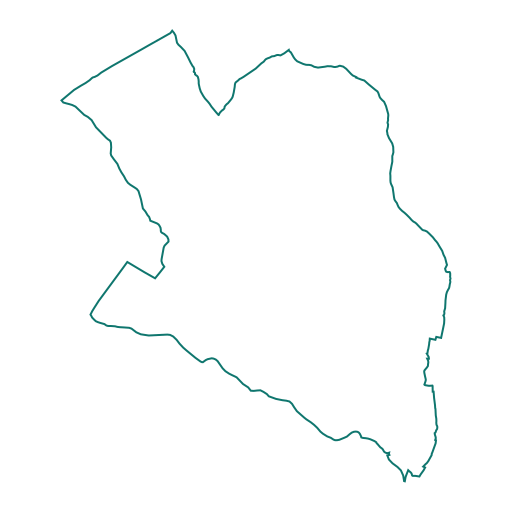 the district of Paltinoasa, Suceava, Romania
{"feature_id": "2599482B31508452360493", "entity_name": "Paltinoasa", "entity_type": "district", "adm_level": 2, "iso_a3": "ROU", "parent_name": "Romania", "parent_adm1": "Suceava", "projection": "albers", "projection_center": [25.986, 47.548], "detail": "fine", "context": "isolated", "style": "outline", "palette": "teal", "viewbox_px": 512, "rotation_deg": 0, "n_neighbors": 0, "source": "geoboundaries", "source_scale": "gbopen_adm2", "svg_char_len": 5976}
<svg xmlns="http://www.w3.org/2000/svg" viewBox="0 0 512 512"><path d="M419.4,476.5L420.7,474.3L423.6,470.3L425.1,467.5L423.2,466.6L425.5,464.2L426.8,463.1L428.3,461.1L429.3,459.3L431.6,455.2L431.8,453.5L432.2,452.8L435.6,443.4L436.0,440.3L435.2,440.0L435.8,438.1L435.5,436.5L435.2,435.7L434.7,433.8L434.7,433.1L435.2,432.8L435.6,432.2L436.2,430.3L437.1,429.0L437.3,427.7L437.3,426.9L437.2,426.2L436.9,425.6L436.7,425.2L436.5,424.7L436.4,423.9L436.3,422.5L436.4,421.1L436.3,418.7L435.8,415.6L435.7,414.0L435.5,409.7L435.4,408.6L435.2,408.2L435.0,405.1L434.1,398.0L433.6,391.7L432.7,391.7L432.6,386.0L432.4,385.6L431.0,385.7L429.1,385.8L428.2,385.7L425.3,385.2L424.8,385.0L424.4,384.6L425.5,381.3L425.8,380.0L425.7,379.1L425.0,376.1L424.3,372.7L424.2,371.2L424.5,370.4L425.3,369.4L426.9,367.5L427.9,366.0L428.1,363.6L428.3,362.8L428.2,361.2L428.1,360.6L427.2,358.7L428.9,358.7L428.7,357.0L426.8,353.6L427.4,353.4L427.9,350.2L428.3,349.0L429.1,344.4L429.3,342.2L429.7,340.7L429.7,339.7L429.8,338.6L435.4,339.8L436.3,336.9L441.1,337.9L443.2,327.9L444.1,323.4L444.3,319.7L444.2,317.3L443.4,315.4L443.9,315.1L444.2,314.3L444.4,313.2L444.2,311.4L444.6,310.0L445.1,308.3L445.4,303.3L445.5,300.4L446.2,294.6L446.9,292.1L448.1,289.7L448.9,288.4L449.2,287.6L449.4,286.7L449.8,284.2L450.1,283.0L450.3,282.1L450.3,281.4L450.0,280.1L450.5,278.6L450.2,277.3L450.1,276.6L450.2,275.9L450.2,273.7L450.1,273.0L449.6,272.0L447.4,272.1L446.2,271.7L445.7,270.8L445.1,268.7L446.7,265.5L447.0,264.9L446.5,263.3L445.1,257.8L443.5,254.7L442.2,250.9L439.5,246.5L437.6,243.2L436.4,241.6L435.1,240.2L432.9,237.3L429.1,233.5L426.9,231.5L424.9,230.6L423.1,230.2L422.2,229.7L417.5,224.8L416.4,223.6L414.9,222.4L413.4,221.6L411.6,220.0L409.5,217.6L406.5,214.6L404.4,212.7L402.1,210.9L399.8,208.6L398.5,206.9L397.5,204.7L396.9,203.1L395.4,201.1L394.5,199.6L394.0,197.2L393.5,193.4L392.6,187.3L391.0,183.8L390.6,182.5L390.4,180.7L390.4,175.8L390.2,173.4L390.5,171.2L391.4,166.2L392.3,161.8L392.3,156.0L392.8,154.6L393.4,152.3L393.2,146.9L392.2,143.4L389.0,138.1L387.4,134.2L387.4,133.3L386.9,130.9L387.9,126.9L388.1,124.4L387.5,122.8L388.1,120.1L388.0,118.6L388.3,115.4L388.2,114.0L386.0,106.1L384.1,101.8L382.0,99.9L380.3,98.0L379.6,96.8L378.4,93.2L377.5,91.5L375.0,89.6L368.8,84.5L364.3,80.5L361.6,79.7L356.1,77.6L356.3,77.1L352.8,75.5L351.1,74.0L346.2,68.8L343.2,66.6L340.1,65.8L339.4,65.8L337.5,66.6L335.4,67.0L334.1,67.0L331.2,66.3L327.4,66.2L324.9,66.7L318.0,67.6L314.2,66.8L311.4,65.3L309.3,64.9L306.1,64.8L303.3,64.0L297.2,61.3L295.2,59.4L293.8,57.5L290.9,52.4L290.3,51.9L289.6,51.4L289.0,50.7L288.8,49.9L284.3,53.3L280.5,55.4L278.3,55.0L277.1,55.0L275.7,55.5L274.3,56.1L271.8,56.4L269.7,57.6L267.4,58.4L265.7,59.3L264.7,60.4L263.9,61.5L263.0,62.2L261.4,63.3L255.7,68.6L243.5,76.9L240.6,78.6L239.6,79.0L238.2,80.4L235.7,82.4L235.2,83.3L234.9,84.6L234.7,86.9L233.7,92.6L232.9,95.9L232.4,97.4L231.6,98.7L230.3,100.4L227.9,103.3L226.9,104.0L226.1,104.8L225.1,106.0L224.6,106.8L224.5,107.9L224.2,108.6L223.2,109.7L222.3,110.2L220.1,112.4L219.3,113.7L218.8,114.9L218.5,115.0L216.2,112.4L211.5,106.7L209.6,103.8L208.0,101.8L205.0,98.5L203.3,96.0L200.8,91.6L199.7,88.3L198.9,84.6L198.7,83.4L198.7,81.4L198.5,79.4L197.9,77.0L197.3,76.2L196.8,75.7L196.2,75.4L195.1,74.4L195.0,74.2L195.1,73.5L194.9,72.8L194.4,72.2L193.9,72.0L193.7,71.7L194.0,71.0L194.2,69.4L194.1,68.4L193.6,67.5L193.4,66.9L192.6,66.1L190.6,62.6L188.0,57.3L184.6,50.9L181.0,47.1L178.4,44.7L177.0,42.7L176.4,39.8L175.5,35.5L174.0,32.9L172.2,30.7L170.4,33.1L148.6,45.4L141.6,49.4L112.1,66.0L101.2,72.6L97.5,75.5L94.7,76.9L92.7,77.5L91.9,78.1L89.5,80.3L85.6,83.0L80.9,85.7L74.1,89.9L61.5,100.4L63.3,102.5L66.4,103.4L69.2,104.1L72.2,105.0L75.5,106.6L84.2,114.9L87.8,116.9L91.6,120.1L96.0,127.3L106.1,137.7L107.8,139.2L110.0,140.7L110.9,142.7L111.2,147.4L110.7,153.5L111.2,155.5L113.8,159.2L117.4,163.9L119.3,168.5L121.3,172.2L124.0,176.3L125.8,179.8L127.9,182.8L130.2,184.7L134.9,187.7L136.8,189.0L138.5,191.1L141.0,199.4L142.9,208.5L145.4,211.5L147.6,215.2L149.1,216.9L150.0,219.3L150.3,220.7L157.0,223.4L158.6,224.5L159.5,225.8L160.5,227.7L160.8,229.6L160.8,230.8L161.0,231.8L161.8,232.7L164.2,234.0L166.5,236.0L167.2,236.7L168.4,239.4L168.5,241.6L164.6,245.6L163.7,247.6L161.6,259.1L161.5,260.4L161.5,261.2L162.3,263.8L164.3,266.8L159.9,272.4L155.1,278.3L144.2,272.1L127.3,262.0L122.3,268.9L98.7,300.9L94.1,308.1L92.2,311.2L90.5,314.6L91.5,316.2L92.1,317.5L94.1,319.6L95.8,321.2L97.8,322.1L100.2,322.9L104.5,324.1L105.9,325.2L107.2,325.8L108.6,326.0L110.9,326.0L115.1,326.3L117.4,326.9L120.0,327.2L123.6,327.4L129.2,327.8L131.5,328.6L136.3,332.3L140.8,334.3L148.7,335.5L167.3,334.6L170.1,334.9L173.2,336.5L176.6,339.8L179.5,343.6L183.2,347.6L186.4,350.4L195.4,357.8L200.5,361.5L201.8,362.1L202.9,362.2L205.7,360.1L207.6,359.2L211.7,358.3L213.6,358.6L215.7,359.5L217.6,361.1L219.4,363.7L222.6,368.3L225.4,371.2L229.2,373.7L232.2,375.2L235.4,376.7L236.7,377.4L243.0,384.0L248.2,387.4L250.8,390.7L253.6,390.9L257.2,390.5L260.4,390.3L263.5,391.9L266.9,394.1L268.8,396.3L276.0,398.9L282.4,400.2L286.3,400.7L289.5,401.5L292.0,403.8L294.1,407.2L296.9,411.2L304.3,417.7L306.3,419.3L310.7,422.2L314.0,424.8L317.2,427.8L320.4,431.6L322.9,433.7L327.2,436.4L330.8,437.8L333.5,439.6L335.1,440.2L337.0,440.2L339.3,439.8L344.2,437.8L346.9,436.6L349.8,434.1L351.8,432.6L353.8,431.8L355.5,431.6L357.0,431.7L357.9,432.0L358.7,432.5L359.2,433.0L359.9,433.9L361.0,436.2L361.3,437.4L362.4,437.8L363.7,438.0L365.8,438.2L368.1,438.6L370.4,439.3L374.5,441.1L376.3,442.3L376.5,443.0L377.0,443.6L377.7,444.2L378.3,445.0L379.0,445.8L380.4,447.4L381.5,448.1L382.7,449.2L384.0,451.5L384.6,452.1L385.6,452.7L386.4,453.0L388.0,453.1L389.1,452.7L388.9,453.6L389.4,454.9L387.3,455.4L388.9,459.5L392.5,463.3L397.5,467.0L400.9,470.4L403.2,475.5L404.1,481.1L404.8,481.3L405.6,477.0L406.4,474.8L408.2,470.2L409.2,471.2L410.0,471.8L410.8,472.5L411.5,473.4L411.8,474.2L412.1,475.4L412.4,475.7L412.8,475.9L415.5,475.9L419.4,476.5Z" fill="none" stroke="#0f766e" stroke-width="2"/></svg>